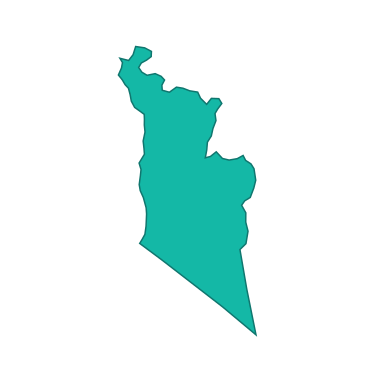 outline of Pedra Mole, Sergipe, Brazil, rotated 161°
{"feature_id": "56859067B37266800434782", "entity_name": "Pedra Mole", "entity_type": "district", "adm_level": 2, "iso_a3": "BRA", "parent_name": "Brazil", "parent_adm1": "Sergipe", "projection": "orthographic", "projection_center": [-37.683, -10.623], "detail": "fine", "context": "isolated", "style": "filled", "palette": "teal", "viewbox_px": 384, "rotation_deg": 161, "n_neighbors": 0, "source": "geoboundaries", "source_scale": "gbopen_adm2", "svg_char_len": 1235}
<svg xmlns="http://www.w3.org/2000/svg" viewBox="0 0 384 384"><g transform="rotate(161 192 192)"><path d="M178.0,36.1L171.9,81.9L165.4,122.0L157.8,125.6L151.8,136.7L151.0,146.0L147.9,154.8L149.4,163.3L145.0,166.5L138.7,167.9L132.3,175.6L127.9,182.4L125.8,193.8L127.1,199.4L131.0,204.4L131.8,209.9L138.4,208.8L146.5,210.1L152.3,213.8L156.0,222.1L163.0,219.6L168.3,220.0L164.4,226.9L161.2,234.1L155.5,238.7L151.6,245.1L146.1,251.7L144.7,258.7L140.7,262.1L135.0,266.0L136.2,271.5L143.2,274.2L149.6,270.1L153.4,277.9L154.1,284.6L161.2,288.4L166.8,293.1L172.6,296.2L180.9,293.7L187.0,297.9L185.7,302.8L181.5,306.8L183.5,311.4L188.3,315.9L196.5,317.0L200.4,321.6L201.9,327.1L197.9,330.5L192.0,331.5L186.5,333.3L184.6,338.1L189.8,343.7L197.9,347.9L203.0,341.0L209.1,337.0L216.6,341.9L215.6,337.0L218.3,332.2L223.5,326.6L221.4,320.7L220.3,315.3L218.3,310.8L218.8,304.2L219.8,297.7L218.7,290.7L214.8,285.2L211.9,281.0L213.3,276.3L215.3,270.8L216.9,264.0L221.6,256.1L223.2,248.9L224.7,243.2L232.6,236.6L232.9,229.8L235.5,224.2L239.5,216.2L240.5,210.1L239.8,202.6L240.5,192.0L242.1,186.0L244.3,180.4L246.6,174.6L250.3,167.3L254.5,163.5L258.2,160.4L242.9,138.0L200.6,73.6L178.0,36.1Z" fill="#14b8a6" stroke="#0f766e" stroke-width="1.5"/></g></svg>